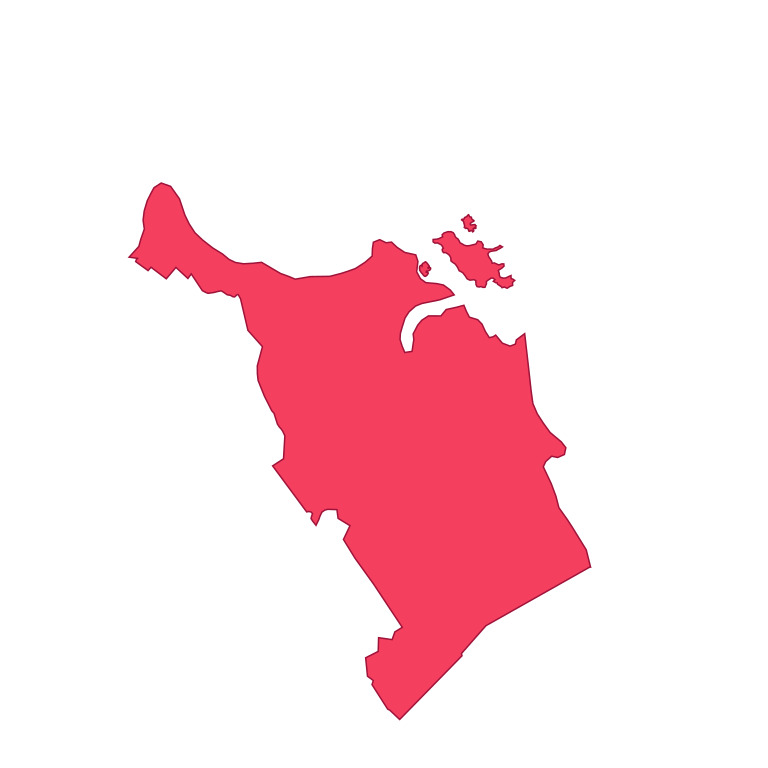 outline of Manjung, Perak, Malaysia, rotated 147°
{"feature_id": "92858781B15023786189250", "entity_name": "Manjung", "entity_type": "district", "adm_level": 2, "iso_a3": "MYS", "parent_name": "Malaysia", "parent_adm1": "Perak", "projection": "orthographic", "projection_center": [100.622, 4.278], "detail": "fine", "context": "isolated", "style": "filled", "palette": "rose", "viewbox_px": 768, "rotation_deg": 147, "n_neighbors": 0, "source": "geoboundaries", "source_scale": "gbopen_adm2", "svg_char_len": 5609}
<svg xmlns="http://www.w3.org/2000/svg" viewBox="0 0 768 768"><g transform="rotate(147 384 384)"><path d="M430.3,125.8L311.2,118.4L310.5,117.9L304.7,134.8L304.1,161.1L304.1,170.9L304.7,185.0L301.0,196.0L298.0,209.4L295.5,227.8L290.6,230.9L282.7,232.1L278.4,227.8L271.1,226.6L266.2,231.5L266.8,238.8L271.1,252.9L271.7,264.5L271.7,275.5L269.8,286.5L264.3,298.2L254.5,317.7L238.6,349.6L249.0,348.9L252.1,345.9L257.6,347.1L262.5,353.8L263.7,364.2L266.8,364.2L270.4,365.5L270.4,372.8L269.2,380.8L270.4,386.9L276.0,393.6L275.3,400.3L274.1,406.5L281.5,408.9L291.3,412.6L299.2,410.1L309.6,416.9L317.6,416.9L323.7,415.0L332.3,410.1L334.7,405.2L342.7,396.1L349.4,399.1L348.2,405.9L346.3,412.6L342.7,417.5L337.8,421.8L330.4,427.9L323.7,430.9L315.1,432.2L308.4,430.9L291.3,424.2L276.6,420.5L277.2,426.7L280.2,434.6L285.1,439.5L293.7,446.2L296.1,452.4L295.5,460.3L288.8,468.3L287.0,475.0L294.9,483.0L298.6,491.5L300.4,498.9L305.3,501.3L309.0,507.4L315.7,508.7L320.0,503.8L324.3,497.7L333.5,496.4L345.1,496.4L353.1,498.3L359.8,500.1L370.8,503.8L387.3,514.2L401.4,520.3L405.1,525.8L410.6,533.1L413.7,539.3L420.4,552.7L427.7,556.4L436.3,561.3L442.4,566.8L446.1,572.9L448.6,580.9L453.5,591.3L457.7,603.5L460.2,613.9L460.2,624.3L459.0,634.1L454.7,650.7L455.3,666.0L461.4,673.9L466.3,673.9L470.0,673.9L475.5,670.9L482.8,666.6L490.8,659.8L496.9,652.5L500.6,644.5L509.2,637.8L514.7,632.9L528.7,629.2L522.3,623.6L524.1,623.1L525.6,621.9L520.1,607.6L515.8,608.8L509.3,590.8L495.0,595.1L491.0,579.3L485.7,581.3L485.5,561.2L483.7,558.0L482.2,555.9L479.7,554.7L476.9,553.4L472.4,551.9L469.7,550.7L468.4,547.9L466.9,544.2L464.4,541.9L463.4,539.7L461.9,538.4L458.6,538.9L457.6,538.4L457.9,533.6L468.9,503.1L465.6,481.5L480.4,468.2L484.7,461.4L487.7,455.4L490.9,439.1L492.7,422.8L492.2,419.3L495.2,408.5L495.2,405.0L494.7,402.0L494.7,399.3L495.4,394.5L509.0,376.0L522.0,376.0L518.5,318.8L516.7,318.1L515.0,316.6L514.5,314.3L517.0,312.3L518.5,310.8L518.5,307.8L518.0,302.5L512.5,305.8L510.0,307.8L506.0,310.3L502.4,310.5L499.4,309.5L491.9,304.3L495.7,296.3L489.7,283.7L502.7,275.7L503.2,253.4L501.7,221.8L501.4,190.0L501.2,170.0L509.9,170.2L516.4,165.2L526.7,174.2L534.5,162.9L548.5,164.4L557.0,147.9L554.5,141.1L557.8,138.4L558.0,109.3L556.8,107.3L553.6,94.1L466.6,113.6L465.8,115.8L430.4,125.7L430.3,125.8ZM222.4,396.6L220.9,399.2L217.9,399.7L218.9,402.0L219.9,403.0L219.4,404.3L218.4,405.8L221.2,406.3L224.0,406.6L226.0,407.6L228.3,410.1L228.3,411.1L227.8,412.9L227.0,414.2L226.5,416.2L226.3,417.0L223.2,417.0L221.7,417.0L219.1,417.5L218.1,419.5L220.2,420.8L221.9,421.0L223.2,421.8L224.0,423.1L225.5,425.4L227.5,426.4L226.8,428.4L226.8,430.7L226.8,434.0L226.0,436.6L224.0,437.3L222.2,437.1L217.1,434.8L215.1,434.8L212.8,434.5L210.0,434.5L211.3,437.1L213.5,436.8L217.1,437.6L218.9,437.6L222.4,439.9L224.0,440.9L225.7,442.7L227.0,444.4L225.0,446.7L225.0,448.8L225.0,450.3L227.5,452.8L230.6,451.3L234.4,452.6L237.2,453.6L239.5,454.9L241.2,456.9L242.0,458.7L243.3,461.0L243.0,463.2L243.0,465.5L243.8,467.3L244.0,469.3L243.5,470.4L243.5,473.2L244.8,475.2L247.6,477.0L251.4,478.0L254.0,477.5L254.7,475.5L258.5,476.0L260.8,476.7L264.1,478.5L265.4,476.5L264.6,474.4L262.3,473.2L261.3,471.4L260.3,469.9L260.1,467.8L260.3,465.5L261.8,465.3L262.6,463.8L262.6,461.7L260.8,460.7L259.8,458.7L259.0,456.1L259.3,453.3L260.8,450.8L260.1,448.5L259.0,446.0L258.8,443.9L258.8,441.4L259.3,438.1L258.0,435.8L257.3,434.3L257.0,430.5L257.0,426.9L255.5,424.4L253.5,423.3L251.9,422.6L250.7,420.8L251.7,419.0L252.7,417.2L252.9,415.0L251.2,413.4L249.6,412.9L248.4,411.1L246.6,410.1L245.3,411.1L243.5,412.2L242.8,413.4L242.3,414.2L240.2,414.4L238.5,414.4L236.4,414.4L234.9,413.4L234.1,411.1L236.4,410.6L235.1,408.1L234.1,407.1L234.4,405.8L233.4,403.5L232.6,401.5L232.6,400.5L230.1,399.7L229.3,398.2L228.5,397.2L225.0,397.2L222.4,396.6ZM229.4,465.6L228.8,465.4L228.0,465.3L227.3,465.2L226.7,464.7L226.8,464.1L226.8,463.3L225.7,463.3L225.3,463.6L225.0,464.1L225.0,464.5L225.0,465.2L224.8,465.6L223.7,465.8L223.3,465.7L223.2,464.9L222.8,464.7L222.3,464.7L221.9,464.7L221.8,465.1L221.8,465.9L221.6,466.1L221.0,466.2L220.6,466.4L220.9,466.9L220.8,467.8L220.8,468.1L221.3,468.5L222.0,468.7L222.4,469.1L223.2,469.3L224.0,469.7L224.6,470.1L224.8,470.6L224.5,471.3L224.0,471.6L223.4,471.7L222.8,471.8L222.0,471.8L220.6,471.7L220.1,471.6L219.6,471.8L219.6,472.2L219.7,472.7L220.0,473.1L220.3,473.7L220.4,474.5L220.4,475.2L220.1,475.7L219.9,476.1L220.0,476.6L220.5,477.0L221.0,477.5L221.0,478.2L220.9,478.9L220.8,479.5L221.0,480.0L221.5,479.9L222.2,479.9L222.8,479.5L223.6,479.4L224.2,479.4L224.8,479.6L225.4,479.7L225.9,479.7L226.3,479.3L226.6,479.0L227.2,478.9L227.8,478.9L228.1,479.3L228.3,479.4L229.0,479.7L229.5,479.5L229.4,478.7L228.8,477.9L229.0,477.1L229.0,476.5L229.0,475.9L229.3,475.5L229.6,474.9L229.7,474.1L230.0,473.5L230.2,472.9L230.6,472.3L231.4,471.6L230.7,469.9L230.1,469.9L229.9,469.7L229.6,469.2L229.4,468.8L229.1,468.3L229.0,467.6L229.0,467.2L229.2,466.7L229.6,466.5L229.6,466.1L229.4,465.6ZM291.7,454.7L291.7,453.5L291.3,452.3L290.6,451.7L288.7,451.8L288.1,452.0L287.3,452.4L286.5,452.8L286.4,453.2L286.7,453.8L286.9,454.1L287.7,454.8L287.1,455.5L286.3,455.2L285.9,455.0L285.0,454.6L284.3,454.6L283.3,454.6L282.1,455.2L281.8,455.8L281.8,456.4L282.1,456.8L282.9,457.0L283.7,456.9L283.9,457.3L283.4,457.8L282.5,457.9L282.0,458.0L281.8,458.6L281.9,459.4L281.9,460.1L282.0,461.6L282.5,463.8L283.0,464.0L283.8,463.9L284.7,463.9L285.5,464.0L286.3,463.9L286.9,463.4L287.1,462.9L287.8,462.3L287.7,462.8L287.7,463.4L288.5,463.4L289.3,463.4L290.0,463.2L290.9,462.2L292.1,460.0L292.1,457.0L291.7,454.7Z" fill="#f43f5e" stroke="#9f1239" stroke-width="1.5"/></g></svg>